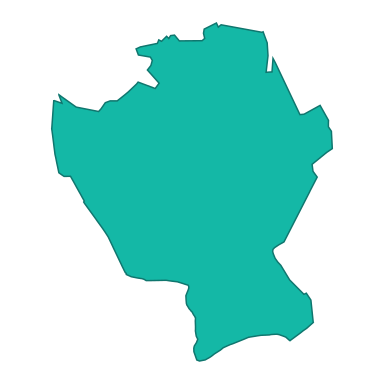 outline of Sheikan, North Kordufan, Sudan
{"feature_id": "16777658B67659775145128", "entity_name": "Sheikan", "entity_type": "district", "adm_level": 2, "iso_a3": "SDN", "parent_name": "Sudan", "parent_adm1": "North Kordufan", "projection": "orthographic", "projection_center": [29.994, 13.034], "detail": "fine", "context": "isolated", "style": "filled", "palette": "teal", "viewbox_px": 384, "rotation_deg": 0, "n_neighbors": 0, "source": "geoboundaries", "source_scale": "gbopen_adm2", "svg_char_len": 2998}
<svg xmlns="http://www.w3.org/2000/svg" viewBox="0 0 384 384"><path d="M126.3,274.5L130.1,276.2L130.3,276.3L131.2,276.7L131.6,276.8L132.1,276.9L137.1,277.9L137.7,278.0L139.0,278.2L139.8,278.3L140.1,278.4L141.8,278.6L143.8,279.2L144.9,279.8L146.2,280.6L147.0,280.6L148.9,280.6L160.4,280.4L164.9,280.3L166.1,280.3L166.9,280.4L168.8,280.7L171.6,281.1L172.4,281.2L177.4,281.8L183.5,283.7L183.7,283.8L186.5,284.7L188.0,285.1L188.7,286.3L188.7,286.7L188.8,287.9L188.3,289.6L187.6,291.4L187.5,291.6L186.9,293.1L185.9,295.7L186.1,300.0L186.3,302.5L186.4,303.2L186.4,303.5L186.9,305.1L187.3,305.6L189.1,308.7L189.2,308.8L190.5,310.2L190.8,310.6L191.0,311.0L192.1,312.0L193.1,313.9L193.5,314.7L193.6,314.8L194.8,316.5L194.8,316.8L195.4,317.6L195.5,317.7L195.4,319.9L195.3,320.8L195.5,326.3L195.5,329.2L195.4,330.9L196.1,335.3L196.2,335.8L196.3,336.3L197.6,338.9L197.8,339.1L196.4,342.7L194.3,346.0L194.0,347.3L193.8,348.3L193.9,351.4L193.9,351.6L194.0,352.0L196.8,360.0L199.5,361.0L205.2,359.9L210.0,357.2L211.6,356.1L212.9,355.1L214.4,353.9L220.4,350.1L223.3,347.7L227.9,345.6L229.1,345.1L230.1,344.6L232.6,343.8L244.0,339.2L248.7,337.2L248.9,337.3L249.5,337.1L255.2,336.2L257.0,335.9L258.1,335.7L258.3,335.7L260.9,335.3L267.9,335.0L269.6,334.9L270.2,334.7L271.5,334.5L274.4,334.3L277.3,334.2L278.1,334.5L278.8,334.5L283.5,336.2L285.8,337.1L288.7,339.7L289.5,340.4L289.8,340.6L290.0,340.7L291.0,339.9L300.2,333.1L303.2,330.7L306.7,328.3L313.3,322.4L313.2,322.2L310.9,300.1L306.3,293.2L303.9,294.3L289.7,280.0L280.8,265.3L277.8,262.1L275.1,258.3L273.4,254.1L272.7,251.8L272.8,250.7L272.9,249.5L274.5,247.7L278.8,244.8L284.0,241.9L309.5,192.1L310.1,190.8L317.2,177.1L313.0,171.3L312.1,164.3L326.7,152.4L332.3,148.6L331.4,131.3L328.4,126.8L328.4,123.0L328.5,120.4L320.1,105.4L317.9,106.6L304.1,114.2L299.9,114.6L275.4,62.9L273.6,59.5L273.0,58.4L272.0,71.9L266.1,72.3L268.0,55.7L267.2,42.9L263.1,31.8L262.0,32.3L221.1,24.8L218.3,27.1L216.4,23.0L204.2,29.1L203.5,33.1L203.5,33.4L204.7,38.4L202.1,40.7L179.3,40.9L174.5,35.1L170.6,35.6L168.8,38.5L166.6,36.3L161.5,41.3L158.8,39.9L157.4,43.4L140.4,46.9L136.1,48.9L136.2,49.1L138.4,55.0L150.4,57.1L152.2,60.3L152.3,60.4L150.9,65.5L147.4,70.0L159.1,83.2L155.2,88.5L153.0,87.7L138.1,82.1L136.6,84.0L128.3,91.9L124.6,95.0L117.2,100.9L110.1,100.9L105.3,102.7L101.0,108.9L98.6,111.5L76.2,107.1L62.0,97.0L58.9,94.7L58.9,94.9L61.9,103.0L62.0,103.3L59.9,102.6L57.4,101.7L56.2,101.3L53.9,100.5L53.8,100.1L53.4,105.4L53.2,108.3L51.9,126.8L51.8,128.3L51.7,128.5L52.6,135.2L53.9,145.6L54.0,146.7L54.2,148.1L55.0,154.4L55.7,157.4L56.8,163.0L57.5,166.2L58.7,172.0L58.9,172.8L62.0,175.0L64.1,176.4L70.4,176.3L70.5,176.3L73.5,181.6L76.4,186.9L79.7,192.8L80.0,193.3L82.3,197.5L84.3,201.0L84.0,201.5L83.7,202.0L84.6,203.5L95.2,218.1L97.3,221.1L102.3,228.0L102.5,228.3L104.9,231.8L108.2,236.9L112.1,245.1L113.3,247.7L120.8,263.4L122.5,267.0L123.8,269.6L124.0,270.1L125.3,272.6L126.3,273.4L126.2,273.8L126.3,274.0L126.3,274.5Z" fill="#14b8a6" stroke="#0f766e" stroke-width="1.5"/></svg>